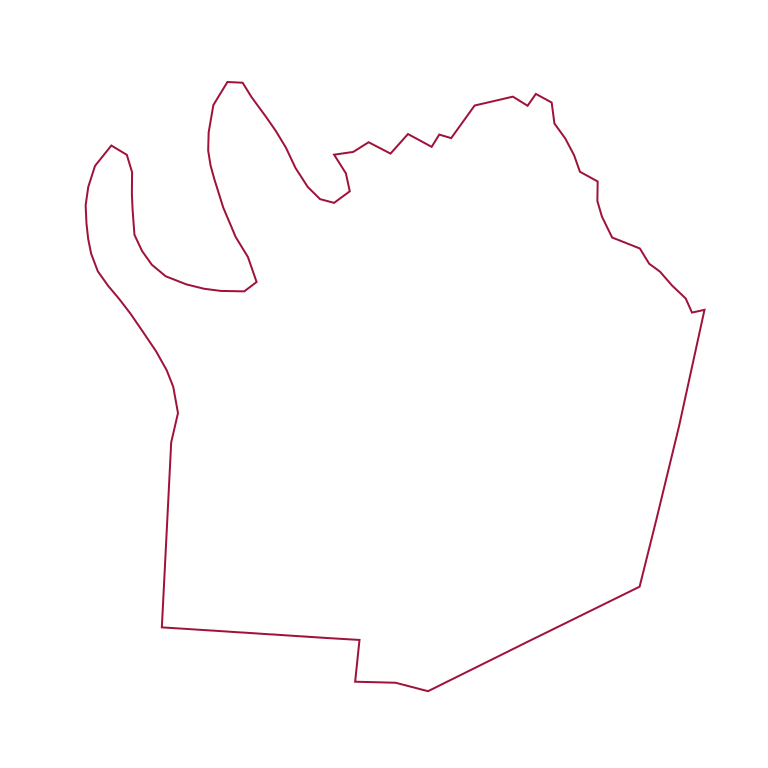 the district of Nova Itaberaba, Santa Catarina, Brazil, rotated 5°
{"feature_id": "56859067B19275359391093", "entity_name": "Nova Itaberaba", "entity_type": "district", "adm_level": 2, "iso_a3": "BRA", "parent_name": "Brazil", "parent_adm1": "Santa Catarina", "projection": "equal_earth", "projection_center": [-52.854, -26.96], "detail": "fine", "context": "isolated", "style": "outline", "palette": "rose", "viewbox_px": 768, "rotation_deg": 5, "n_neighbors": 0, "source": "geoboundaries", "source_scale": "gbopen_adm2", "svg_char_len": 1229}
<svg xmlns="http://www.w3.org/2000/svg" viewBox="0 0 768 768"><g transform="rotate(5 384 384)"><path d="M696.8,282.2L684.6,286.0L677.1,272.5L662.5,260.9L649.1,248.0L637.7,241.1L627.1,226.7L613.3,222.6L598.5,218.2L586.5,198.2L580.6,183.1L579.2,163.6L560.7,155.5L553.4,139.5L543.1,123.5L531.1,109.7L526.5,89.0L510.0,81.8L502.8,94.3L487.3,86.5L450.0,98.7L429.5,133.2L417.3,130.7L410.8,143.6L386.1,132.9L370.4,153.9L347.6,144.5L333.1,155.5L314.3,159.9L327.7,177.5L333.1,195.0L318.5,207.9L304.2,205.4L290.9,194.4L277.0,176.5L265.7,157.1L254.2,141.4L243.2,128.2L227.0,109.7L216.9,96.2L201.7,96.8L189.7,121.0L187.4,148.6L188.5,166.8L192.1,181.2L197.0,194.4L208.5,222.3L223.5,250.6L237.4,269.4L248.2,293.5L236.7,303.9L213.2,305.5L196.5,304.8L178.5,302.0L157.1,295.7L142.3,285.4L131.3,272.5L122.4,257.1L118.6,233.9L116.3,217.0L114.6,195.0L107.8,178.1L91.6,170.2L77.1,191.9L72.2,213.5L71.2,232.0L73.6,249.9L76.6,265.0L80.9,279.7L89.1,296.7L100.6,310.2L112.8,322.4L125.2,335.9L139.1,352.8L154.1,371.3L166.3,389.2L174.3,405.2L181.3,430.9L177.1,460.7L183.9,645.8L350.0,642.0L381.9,641.1L381.2,683.1L421.5,680.6L454.6,686.2L548.0,629.2L656.3,563.6L667.1,495.6L681.7,399.6L696.8,282.2Z" fill="none" stroke="#9f1239" stroke-width="2"/></g></svg>